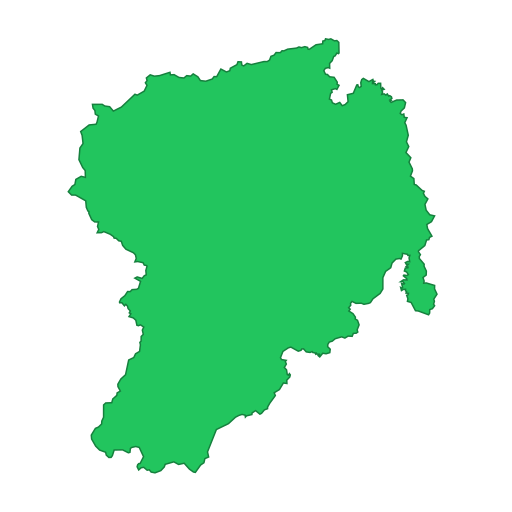 the district of Morafenobe, Melaky, Madagascar, rotated 85°
{"feature_id": "10022922B27026898293410", "entity_name": "Morafenobe", "entity_type": "district", "adm_level": 2, "iso_a3": "MDG", "parent_name": "Madagascar", "parent_adm1": "Melaky", "projection": "orthographic", "projection_center": [45.038, -17.912], "detail": "fine", "context": "isolated", "style": "filled", "palette": "green", "viewbox_px": 512, "rotation_deg": 85, "n_neighbors": 0, "source": "geoboundaries", "source_scale": "gbopen_adm2", "svg_char_len": 5991}
<svg xmlns="http://www.w3.org/2000/svg" viewBox="0 0 512 512"><g transform="rotate(85 256 256)"><path d="M458.9,391.5L457.0,389.0L456.7,386.3L459.9,383.1L459.7,380.9L462.1,379.3L463.2,375.5L461.5,369.5L458.2,365.8L455.6,364.6L453.9,355.8L456.9,351.3L456.2,345.6L462.5,340.9L465.7,337.2L466.3,335.3L459.4,329.4L457.4,325.9L453.4,324.6L452.1,320.7L446.9,321.4L425.4,310.6L420.6,298.0L414.8,290.5L413.3,286.9L412.6,283.7L413.6,280.7L415.5,280.6L414.4,279.4L413.6,273.9L412.0,273.6L410.0,269.9L413.9,265.9L413.2,264.2L410.0,261.0L409.1,257.8L407.4,257.6L403.7,255.0L396.7,248.9L393.8,249.8L391.1,244.3L384.9,239.8L385.7,236.3L382.4,236.2L379.5,232.9L377.4,232.2L376.1,233.0L377.5,234.0L376.8,235.2L372.1,235.5L369.5,237.5L366.3,235.2L363.7,236.0L362.6,235.0L361.4,239.6L359.5,240.5L353.4,237.5L350.3,231.8L349.8,229.2L354.5,222.2L353.9,219.4L352.6,218.4L352.7,216.7L355.9,214.3L356.8,210.5L356.1,208.4L357.1,207.8L357.6,205.7L358.9,205.1L358.1,204.4L359.1,203.9L359.3,201.4L360.1,201.2L360.7,202.7L362.1,201.3L358.7,198.0L359.5,194.7L358.7,190.9L355.3,190.2L352.6,192.5L350.4,192.2L348.1,190.5L347.5,187.5L345.3,184.3L344.0,177.7L345.5,174.6L343.8,171.2L344.4,167.2L341.6,165.8L341.6,162.8L340.6,161.2L338.4,161.7L333.6,159.3L328.9,160.5L327.3,162.7L325.6,162.3L321.9,164.4L318.9,168.3L317.2,166.8L315.6,168.2L313.3,165.9L311.4,166.0L309.6,164.3L311.9,160.5L312.2,155.2L313.5,152.7L313.0,147.9L312.4,146.1L308.8,143.2L304.1,135.6L299.9,132.5L288.6,131.5L282.6,128.2L279.4,122.8L274.9,121.1L271.3,116.9L271.0,113.3L271.7,111.8L268.6,110.1L266.1,109.9L267.5,105.0L268.7,104.6L268.8,102.7L271.3,103.7L275.0,103.4L274.6,105.3L275.6,107.8L277.3,107.0L277.5,105.0L279.5,107.3L280.3,105.5L281.0,105.7L281.0,108.3L283.9,109.5L285.1,107.3L287.8,105.9L288.6,107.2L287.9,110.3L288.6,110.9L291.6,107.9L293.0,107.7L292.6,111.2L294.1,113.9L294.2,112.0L296.4,110.5L297.0,111.2L296.1,113.3L300.1,112.7L300.8,113.4L300.0,114.6L303.1,114.1L302.1,112.0L302.2,109.9L303.7,110.1L304.5,109.1L306.0,109.8L306.5,107.4L307.9,107.9L308.3,109.3L311.8,108.4L314.4,109.1L315.8,105.5L324.4,101.9L324.9,99.2L329.6,89.2L328.0,88.0L324.5,87.6L323.9,84.9L321.1,82.4L319.5,83.3L316.6,82.2L314.5,82.7L309.8,79.0L304.3,81.0L300.9,80.6L297.7,88.7L297.7,91.3L295.6,90.7L292.0,91.5L289.8,88.1L285.9,87.6L280.8,89.5L278.8,89.2L272.7,93.5L270.7,93.4L269.0,92.1L265.9,93.8L264.9,93.6L260.3,86.9L254.9,84.7L254.8,82.4L252.6,81.5L251.6,79.0L243.7,82.7L239.5,83.1L237.1,78.2L231.6,74.6L230.1,79.3L225.2,82.5L219.3,83.2L214.1,79.8L211.4,82.5L208.2,83.8L206.2,82.7L205.2,84.8L199.2,90.2L198.5,92.1L192.6,92.0L189.9,95.2L184.8,92.7L182.7,92.7L175.8,95.4L171.6,93.2L166.0,97.6L160.3,94.3L155.4,96.2L149.0,93.8L138.8,95.1L136.2,96.2L131.4,93.5L130.8,96.2L127.4,96.4L128.0,98.3L126.6,99.9L124.3,98.9L121.4,95.3L116.2,93.6L113.3,95.9L112.9,102.3L114.8,108.0L113.5,109.0L112.8,107.8L112.2,109.0L110.9,106.9L109.2,107.2L107.9,108.8L108.2,109.9L106.0,111.1L107.0,112.6L105.6,114.3L106.0,116.7L103.7,115.6L101.8,116.3L101.1,113.8L99.4,115.2L100.6,116.0L99.8,117.0L94.8,116.8L94.6,119.2L95.9,120.5L95.9,122.1L94.7,122.1L94.4,125.0L92.7,124.7L93.4,124.0L92.4,122.6L92.1,123.9L90.3,124.2L92.1,128.3L88.4,133.6L89.5,135.3L92.4,136.5L96.2,136.4L97.2,138.2L96.4,139.3L94.3,139.7L94.4,140.7L102.4,144.9L103.3,150.9L110.3,150.8L112.9,154.0L113.8,157.0L110.3,159.2L111.8,163.5L110.0,166.6L107.2,167.2L106.1,169.2L100.5,167.5L99.6,165.9L97.0,166.3L96.2,162.3L97.1,160.9L93.2,158.4L92.0,160.3L89.9,159.9L84.8,162.6L83.9,167.0L81.4,169.0L81.0,170.9L77.3,172.3L75.1,170.6L74.6,167.6L75.3,166.2L70.6,165.9L68.1,163.1L64.0,161.2L63.5,159.7L60.9,157.8L61.6,156.2L61.0,155.6L50.4,154.9L48.4,156.7L48.5,159.1L46.2,162.5L46.6,164.8L45.7,167.8L47.4,168.6L47.7,170.7L50.4,171.1L50.8,177.8L54.8,185.0L54.5,186.1L52.7,186.4L51.7,189.1L52.4,192.5L51.5,195.0L52.4,197.5L52.7,206.4L54.1,210.4L53.8,212.2L55.5,214.0L55.1,218.3L57.5,220.5L58.4,223.7L62.0,225.4L63.3,227.9L63.0,231.2L64.9,244.0L63.3,248.1L65.6,251.7L64.5,253.5L61.4,253.6L60.9,257.0L63.7,258.3L66.7,265.2L69.1,265.9L70.1,269.4L66.7,274.7L73.9,279.5L73.6,282.1L75.9,284.2L77.5,290.8L76.4,296.1L72.4,298.3L69.1,302.7L71.1,305.4L70.3,309.3L72.4,312.3L71.4,317.2L68.2,321.8L68.1,325.5L65.5,325.7L67.9,336.4L68.0,341.6L66.3,345.6L69.1,349.7L71.7,349.2L73.8,351.1L76.5,349.7L82.0,353.0L85.4,360.3L84.3,362.5L95.9,377.1L99.2,385.5L94.5,388.8L93.4,393.6L91.5,396.0L90.7,405.7L94.6,405.4L97.0,403.8L100.7,403.7L102.8,400.7L108.8,402.7L110.8,403.8L110.9,410.8L116.7,419.8L120.7,418.7L128.9,418.5L133.1,422.0L144.6,424.0L152.8,420.9L156.0,418.7L162.8,419.1L161.4,423.2L164.0,428.8L169.0,430.2L170.5,433.1L175.6,437.4L179.2,434.4L179.6,430.4L186.2,420.8L192.8,420.8L196.6,419.5L197.1,418.6L199.0,418.8L205.5,416.5L208.0,413.7L208.4,409.9L212.8,411.3L215.8,410.3L219.0,412.2L219.3,407.8L218.4,405.5L221.6,399.4L224.3,396.2L225.8,395.8L226.2,393.7L228.9,391.4L229.6,388.9L233.9,387.9L237.9,385.0L242.1,377.8L244.3,376.0L248.0,375.5L251.3,377.2L251.2,374.3L252.8,369.1L255.3,368.1L256.0,365.7L256.8,365.5L260.8,367.0L265.2,367.0L265.9,369.0L268.4,371.4L266.5,376.2L267.5,378.6L271.2,373.2L277.9,375.9L278.8,377.7L278.7,382.4L280.5,384.4L280.2,387.0L284.1,390.1L286.8,394.2L289.9,396.0L290.7,395.9L290.9,393.7L294.2,391.4L292.8,389.9L294.7,388.4L297.2,388.0L299.8,386.0L301.6,387.2L302.7,385.7L305.3,387.8L307.0,383.6L309.5,381.3L314.6,380.7L315.2,379.2L314.5,377.1L317.0,374.0L319.9,375.7L324.2,375.1L326.2,377.4L330.8,377.9L331.9,379.2L334.5,378.9L340.9,380.3L342.9,384.5L346.5,386.6L348.5,391.9L362.9,396.3L366.7,401.3L371.7,404.8L374.1,404.9L378.7,402.9L380.3,406.3L382.7,406.8L385.9,411.1L389.6,412.5L389.3,418.5L391.1,420.8L403.4,421.9L407.0,424.0L409.9,424.4L412.7,427.9L413.7,431.0L420.1,435.7L424.0,435.7L431.4,432.3L435.7,428.7L438.4,422.9L441.3,422.5L443.9,420.1L444.0,417.9L442.4,416.5L436.9,414.2L437.5,405.8L440.9,400.3L440.6,398.7L436.8,397.9L435.9,396.6L435.3,392.4L436.5,389.0L446.1,385.5L452.6,389.5L452.6,390.9L453.7,392.1L455.6,392.8L458.9,391.5Z" fill="#22c55e" stroke="#15803d" stroke-width="1.5"/></g></svg>